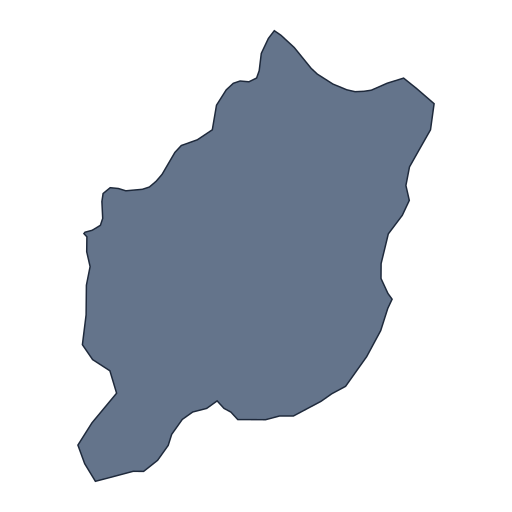 the district of Kaechon City, P'yŏngan-namdo, North Korea
{"feature_id": "82179303B11143169061479", "entity_name": "Kaechon City", "entity_type": "district", "adm_level": 2, "iso_a3": "PRK", "parent_name": "North Korea", "parent_adm1": "P'yŏngan-namdo", "projection": "albers", "projection_center": [125.98, 39.701], "detail": "fine", "context": "isolated", "style": "filled", "palette": "slate", "viewbox_px": 512, "rotation_deg": 0, "n_neighbors": 0, "source": "geoboundaries", "source_scale": "gbopen_adm2", "svg_char_len": 1236}
<svg xmlns="http://www.w3.org/2000/svg" viewBox="0 0 512 512"><path d="M95.4,481.3L105.3,478.7L119.3,475.0L133.2,471.3L143.6,471.4L157.6,460.3L168.2,445.4L171.7,434.3L182.3,419.4L192.7,412.0L206.7,408.4L217.1,400.9L224.0,408.4L230.9,412.1L237.8,419.6L241.3,419.6L248.2,419.6L265.6,419.7L279.5,416.0L293.4,416.0L307.3,408.6L321.2,401.2L331.7,393.8L345.6,386.3L356.1,371.5L366.7,356.6L380.7,330.6L387.8,308.3L392.1,299.2L387.9,293.4L381.0,278.5L381.1,263.6L384.7,248.8L388.3,233.9L402.3,215.3L409.3,200.4L405.9,185.5L409.5,166.9L420.0,148.3L430.5,129.8L434.1,103.7L416.9,88.8L403.6,78.1L387.2,83.2L371.3,90.2L363.9,91.3L355.1,91.7L346.8,89.8L333.0,84.1L317.3,74.1L311.1,68.3L294.3,47.6L281.0,35.3L274.3,30.7L268.4,38.4L261.3,53.4L259.2,70.7L256.6,78.0L248.9,81.8L240.1,81.0L233.3,83.3L226.2,89.9L216.5,105.2L212.3,129.8L197.3,139.8L194.5,140.8L181.3,145.5L174.9,152.4L162.1,174.3L156.2,181.2L149.4,187.0L142.4,189.3L125.8,190.8L118.4,188.5L110.2,187.7L103.1,193.5L101.9,201.5L102.7,218.4L100.4,225.3L92.1,230.3L85.0,232.2L83.9,233.6L86.9,236.8L86.7,251.7L90.1,266.6L86.4,285.2L86.1,314.9L82.4,344.7L92.6,359.6L109.9,370.8L116.6,393.2L92.0,422.8L77.9,445.1L84.7,463.7L95.4,481.3Z" fill="#64748b" stroke="#1e293b" stroke-width="1.5"/></svg>